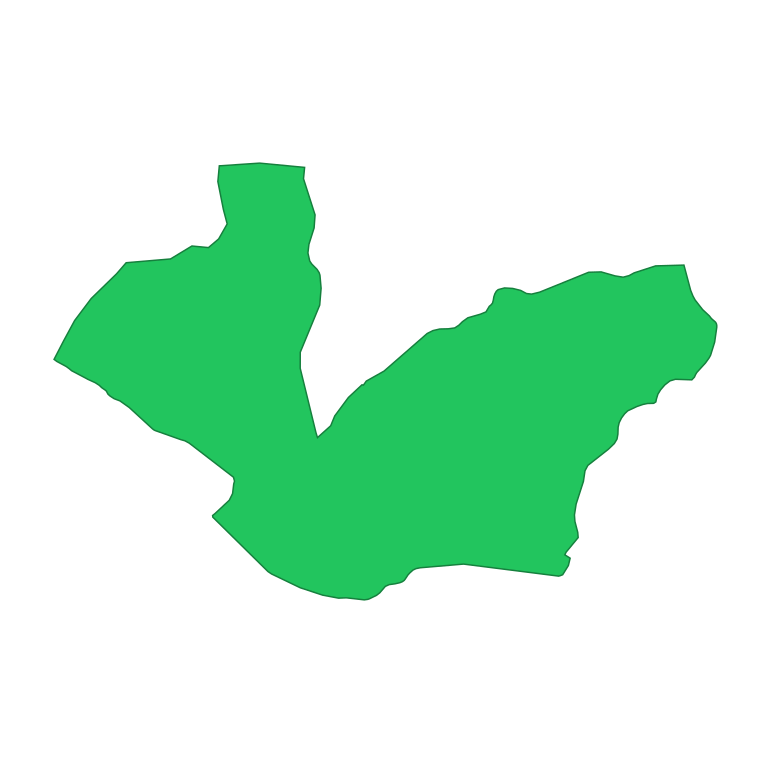 an SVG outline of Mayo-Kebbi Est, rotated 92°
{"feature_id": "TCD-1486", "entity_name": "Mayo-Kebbi Est", "entity_type": "Prefecture", "adm_level": 1, "iso_a3": "TCD", "parent_name": "Chad", "parent_adm1": "", "projection": "natural_earth1", "projection_center": [15.507, 10.186], "detail": "fine", "context": "isolated", "style": "filled", "palette": "green", "viewbox_px": 768, "rotation_deg": 92, "n_neighbors": 0, "source": "natural_earth", "source_scale": "10m", "svg_char_len": 2319}
<svg xmlns="http://www.w3.org/2000/svg" viewBox="0 0 768 768"><g transform="rotate(92 384 384)"><path d="M355.2,468.8L371.2,468.3L435.0,450.3L439.9,448.6L427.6,435.8L417.6,432.1L398.7,419.1L385.6,406.0L385.8,404.5L381.7,401.8L371.1,384.4L332.0,342.6L328.9,336.9L327.1,330.2L326.6,321.8L325.5,315.3L322.7,311.3L319.0,307.8L314.9,302.5L310.9,290.2L308.4,284.6L302.7,281.5L301.3,279.9L299.4,278.4L296.4,277.7L293.2,277.3L290.1,276.4L287.4,275.0L285.7,273.2L283.8,266.9L284.0,258.7L285.7,250.7L288.6,244.8L289.0,239.6L286.8,231.7L265.2,183.4L264.4,170.9L267.9,156.8L268.9,148.7L267.1,142.8L264.2,137.9L256.5,116.7L254.7,88.4L279.7,80.8L285.3,78.3L289.2,76.0L298.5,68.2L304.6,61.2L306.9,59.3L307.9,58.2L309.8,55.8L310.8,54.7L312.2,53.9L313.7,53.5L315.6,53.4L330.6,55.0L343.8,58.6L346.6,60.0L351.7,63.4L361.6,71.8L363.8,73.0L366.3,74.0L369.1,76.5L369.1,92.9L370.9,98.3L375.1,103.3L380.2,107.4L384.6,109.9L389.4,111.2L392.4,111.7L393.9,113.8L394.3,120.1L395.4,124.5L397.7,130.5L402.3,139.5L405.4,142.5L409.6,145.4L414.4,147.6L419.0,148.5L426.0,148.5L430.9,149.2L435.4,151.7L441.2,157.3L458.2,177.4L463.7,180.1L474.4,181.3L497.3,187.8L508.2,189.1L514.7,188.4L525.5,185.2L530.7,184.6L545.8,196.2L548.4,197.3L551.6,191.9L559.0,193.4L568.4,198.8L569.5,201.4L569.9,202.8L561.2,298.2L566.4,341.5L567.4,345.6L568.9,348.5L572.0,351.7L574.0,353.4L578.4,356.1L579.6,357.0L580.9,358.7L582.0,361.1L583.3,366.0L584.3,371.8L586.2,375.6L592.8,380.9L595.4,384.0L599.2,391.1L599.8,392.7L600.4,396.2L599.0,414.2L599.6,422.0L597.2,437.8L590.6,460.5L577.8,489.7L575.5,493.4L523.1,550.4L521.4,550.7L519.7,548.7L505.6,534.6L498.8,531.5L489.2,530.7L486.3,530.0L482.4,531.2L449.9,576.6L447.7,581.0L446.7,585.1L438.5,611.1L437.9,612.4L436.9,613.8L416.3,637.9L410.1,647.3L408.1,653.2L405.5,657.5L403.8,659.5L400.7,661.3L399.7,662.6L397.5,666.0L395.2,668.6L392.8,672.6L389.5,680.5L388.9,681.6L381.6,696.7L379.7,699.1L377.6,702.2L372.9,711.7L370.9,714.6L352.5,705.9L331.4,695.4L308.8,679.6L283.2,655.1L271.8,645.9L266.5,601.8L252.8,580.8L253.8,564.2L244.8,554.3L229.5,546.3L215.2,550.6L187.5,557.1L171.7,556.2L167.6,516.0L170.3,470.9L181.7,471.6L217.4,458.8L230.5,459.3L247.0,463.9L255.7,464.6L263.7,462.5L266.7,460.3L271.8,454.9L275.0,452.7L277.5,451.8L290.5,450.2L307.4,451.0L355.2,468.8Z" fill="#22c55e" stroke="#15803d" stroke-width="1.5"/></g></svg>